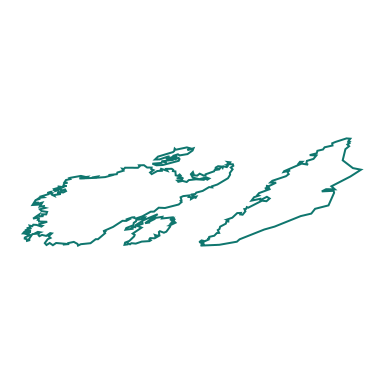 the district of Leka nor, Nord-Trøndelag, Norway
{"feature_id": "86288312B5983253954554", "entity_name": "Leka nor", "entity_type": "district", "adm_level": 2, "iso_a3": "NOR", "parent_name": "Norway", "parent_adm1": "Nord-Trøndelag", "projection": "robinson", "projection_center": [11.714, 65.094], "detail": "fine", "context": "isolated", "style": "outline", "palette": "teal", "viewbox_px": 384, "rotation_deg": 0, "n_neighbors": 0, "source": "geoboundaries", "source_scale": "gbopen_adm2", "svg_char_len": 5983}
<svg xmlns="http://www.w3.org/2000/svg" viewBox="0 0 384 384"><path d="M230.3,162.3L227.6,162.0L228.3,162.6L227.0,164.7L228.3,165.2L226.9,165.2L227.8,165.9L226.8,167.1L223.2,166.3L222.6,168.0L221.3,166.5L218.1,166.2L215.7,167.6L215.4,169.3L219.8,168.5L219.2,169.4L214.6,170.1L214.1,171.3L205.6,174.3L205.5,175.4L202.7,175.7L203.6,175.5L199.7,173.7L197.2,175.6L192.7,175.2L192.0,174.3L193.7,174.3L192.9,172.0L190.9,174.2L192.7,177.5L199.2,179.2L206.2,177.4L209.2,178.5L207.3,179.7L205.7,178.7L203.8,179.8L196.0,179.3L188.8,180.1L186.7,182.0L182.5,180.9L177.5,182.0L178.4,181.5L177.7,180.9L181.2,180.9L182.3,178.9L176.7,178.4L181.4,177.4L179.5,176.2L180.5,175.5L179.6,174.8L180.3,173.9L178.0,175.9L175.7,175.3L175.4,171.4L172.9,171.1L173.2,169.8L171.7,168.8L166.2,168.9L167.4,170.9L161.1,168.8L160.6,169.8L162.0,169.6L161.9,170.8L157.3,171.0L151.7,174.1L150.1,172.5L153.5,170.1L151.3,169.2L151.6,167.6L147.1,167.5L144.0,165.2L139.0,165.3L139.6,166.4L137.9,167.8L125.1,167.7L124.0,169.0L122.2,168.7L123.5,170.7L117.4,172.5L116.8,174.2L108.5,175.0L110.7,175.6L105.1,177.1L96.8,177.7L97.8,176.5L93.7,177.2L94.5,177.9L86.2,178.2L87.7,176.8L84.5,177.2L83.9,178.4L79.4,178.5L84.5,176.7L80.9,175.9L70.3,177.8L69.3,178.1L70.2,179.1L66.0,180.0L64.4,182.4L67.6,182.8L64.3,183.4L63.2,185.9L66.9,186.0L64.1,186.1L63.6,187.2L58.6,186.5L58.5,187.8L53.8,189.1L55.1,191.1L58.8,190.0L55.1,190.1L57.1,188.8L60.2,189.5L58.9,188.3L61.2,189.0L60.4,190.0L61.5,190.7L65.1,189.5L66.0,191.1L63.2,192.5L57.7,191.9L59.1,192.5L57.2,192.9L60.8,194.0L53.8,195.1L54.2,195.8L52.0,194.8L51.4,194.0L52.1,193.3L50.8,193.3L51.7,192.8L51.3,191.8L50.4,191.9L48.1,192.7L48.4,194.2L41.4,196.3L43.6,197.3L39.4,197.8L38.5,198.4L40.3,198.7L35.6,200.1L34.1,202.5L38.9,202.7L33.5,203.5L32.5,205.0L38.9,204.6L38.7,203.5L42.3,202.6L39.8,206.6L43.8,206.1L43.5,207.4L45.3,207.9L39.9,209.3L41.6,211.1L47.1,211.9L46.2,214.4L42.3,214.3L42.7,215.1L40.8,215.8L43.5,216.1L39.6,216.4L38.5,215.7L39.1,214.5L33.1,218.6L37.5,217.7L38.8,218.4L37.8,219.9L38.9,220.2L39.0,221.5L47.2,221.8L39.3,224.1L39.6,225.6L42.3,225.9L41.4,226.6L36.5,224.9L33.3,224.7L32.3,226.2L29.6,225.6L30.3,227.4L26.6,228.3L29.6,227.7L30.3,228.4L26.0,230.0L26.7,231.2L24.6,231.5L23.0,233.4L25.8,233.5L27.8,231.5L27.0,231.3L30.1,230.8L30.0,232.3L26.9,234.2L30.0,235.0L24.8,237.6L24.7,238.6L26.7,239.2L27.0,240.9L30.1,240.0L28.5,239.7L32.4,234.1L38.6,233.5L35.9,232.9L37.8,231.9L40.3,232.3L39.1,232.8L38.5,235.1L39.4,236.2L42.0,234.9L46.2,235.9L50.2,233.1L51.8,233.4L48.6,236.2L50.5,237.9L47.7,239.2L44.8,243.1L46.5,245.0L49.7,243.0L52.9,245.2L56.1,243.0L64.3,243.7L62.9,244.6L68.3,244.1L68.2,243.1L73.8,241.9L77.5,243.9L78.0,245.6L80.8,244.2L90.5,243.2L95.7,239.2L98.0,239.2L105.1,233.2L104.3,232.0L106.3,230.8L103.1,231.3L113.1,226.9L122.5,220.8L126.3,220.9L128.4,219.8L125.8,219.6L132.1,217.4L135.2,217.2L133.9,217.8L135.9,218.5L142.4,216.3L150.7,211.7L154.0,211.6L158.7,207.7L165.0,208.0L178.7,204.5L181.6,202.0L180.6,200.8L181.5,200.2L180.6,197.3L183.2,196.1L189.3,195.4L188.6,197.0L191.2,197.2L191.0,199.1L193.9,197.4L195.6,197.8L196.4,196.5L192.3,197.1L193.4,195.5L190.9,194.6L195.3,194.0L196.3,192.6L202.7,190.9L209.1,187.1L212.3,187.4L212.0,186.3L217.4,184.5L228.0,178.2L230.1,174.7L229.8,173.0L232.6,169.3L230.8,167.5L233.3,165.8L232.9,164.3L229.4,164.2L230.3,162.3ZM333.6,190.8L321.8,191.4L326.1,189.2L334.8,189.3L331.4,186.3L350.4,176.5L361.0,169.7L352.9,168.1L342.7,160.3L345.4,149.2L349.1,146.2L347.4,144.5L349.3,143.3L348.5,142.7L349.7,141.8L348.4,141.2L350.3,138.7L346.5,138.4L335.6,141.9L332.2,143.3L332.5,145.5L324.6,147.3L323.0,149.5L317.4,150.8L316.7,153.3L309.7,155.1L316.3,155.5L313.5,158.9L306.9,160.9L306.3,163.4L308.0,164.7L300.5,163.4L302.3,161.8L300.0,161.8L298.5,163.7L300.3,164.2L284.1,171.2L283.6,172.0L290.1,170.4L287.3,171.8L288.7,174.1L286.0,176.2L272.3,180.8L270.4,182.5L276.1,182.7L268.7,186.2L266.9,185.9L266.7,187.9L264.8,188.6L269.0,187.9L269.6,189.2L259.0,193.1L257.4,195.0L258.8,195.6L254.1,197.2L251.5,200.6L260.3,198.8L260.3,200.2L266.9,196.8L269.6,198.5L266.5,201.2L262.0,200.7L248.2,207.7L246.8,207.1L246.2,208.8L244.4,209.1L245.4,211.3L242.6,214.7L240.3,214.4L240.9,212.9L237.2,213.1L232.3,217.7L227.1,219.5L228.4,219.8L228.3,221.5L226.5,221.2L225.8,223.7L220.1,226.7L219.5,229.0L217.8,230.1L219.1,232.9L216.8,233.1L214.3,235.7L209.2,236.9L208.7,238.1L210.0,238.4L208.2,238.8L208.5,239.6L204.8,241.2L201.6,240.4L199.2,242.1L203.8,241.4L203.2,243.6L202.3,243.6L203.2,244.1L200.6,245.6L219.3,244.8L236.9,241.7L239.6,239.3L264.3,229.5L274.6,226.6L300.7,216.1L311.3,213.6L315.1,208.8L328.5,205.4L334.1,192.8L333.6,190.8ZM157.7,214.2L142.8,220.5L145.1,217.3L142.7,217.4L141.4,219.2L138.9,219.5L140.5,218.3L136.4,219.5L136.0,221.3L133.8,222.8L133.4,225.2L126.3,228.0L125.5,229.7L133.5,228.7L131.4,228.3L133.2,226.9L135.3,227.2L135.9,225.0L142.2,221.1L142.6,223.7L137.0,225.8L141.6,227.6L132.7,233.6L134.7,234.9L134.1,236.4L129.4,240.9L125.1,242.6L124.5,244.8L127.6,244.4L127.8,243.1L130.0,244.3L131.4,243.2L135.8,243.6L141.7,241.6L149.5,241.1L150.8,240.3L149.4,239.2L150.2,238.1L154.6,238.3L157.8,236.5L154.5,236.3L155.5,236.0L155.0,235.0L157.6,235.8L159.3,234.8L158.9,232.0L159.9,231.2L163.9,232.7L166.3,231.7L170.1,226.7L170.4,225.6L169.6,225.5L175.5,222.7L174.4,221.6L171.7,222.5L175.1,218.8L170.5,220.5L172.5,218.4L171.3,218.7L172.1,217.4L161.8,218.5L162.4,216.8L154.5,218.1L154.6,219.0L148.6,222.0L150.0,222.4L145.1,223.2L157.7,214.2ZM186.9,147.4L175.9,149.7L174.7,148.6L174.2,151.1L173.0,152.1L158.0,156.6L155.0,159.5L159.6,159.4L168.1,156.5L169.5,156.4L165.8,158.6L169.8,158.4L173.4,156.3L173.0,157.7L171.6,157.7L172.4,159.2L170.1,159.4L171.3,160.1L166.8,160.6L165.4,161.3L165.8,162.3L164.2,162.0L164.5,161.0L162.2,161.2L161.6,162.9L152.4,163.7L156.4,165.3L162.8,165.0L178.7,160.8L179.5,159.1L178.5,158.4L179.4,157.6L175.2,159.3L173.0,158.5L176.5,157.3L176.4,155.8L172.7,156.0L177.9,154.3L179.6,155.4L187.5,154.1L192.6,150.5L193.5,148.3L187.4,150.2L189.8,148.2L186.9,147.4Z" fill="none" stroke="#0f766e" stroke-width="2"/></svg>